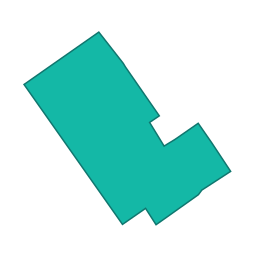 the district of Teller, Colorado, United States of America, rotated 325°
{"feature_id": "52423323B64605598139542", "entity_name": "Teller", "entity_type": "district", "adm_level": 2, "iso_a3": "USA", "parent_name": "United States of America", "parent_adm1": "Colorado", "projection": "mercator", "projection_center": [-105.118, 38.889], "detail": "fine", "context": "isolated", "style": "filled", "palette": "teal", "viewbox_px": 256, "rotation_deg": 325, "n_neighbors": 0, "source": "geoboundaries", "source_scale": "gbopen_adm2", "svg_char_len": 387}
<svg xmlns="http://www.w3.org/2000/svg" viewBox="0 0 256 256"><g transform="rotate(325 128 128)"><path d="M68.1,32.7L67.8,32.7L68.2,203.8L96.3,203.9L95.5,223.3L101.7,223.3L147.4,223.0L152.9,221.2L187.2,222.4L188.1,188.1L188.2,164.4L160.0,164.3L147.2,163.5L148.9,135.8L160.6,136.0L160.9,76.4L161.2,72.3L159.1,32.7L68.1,32.7Z" fill="#14b8a6" stroke="#0f766e" stroke-width="1.5"/></g></svg>